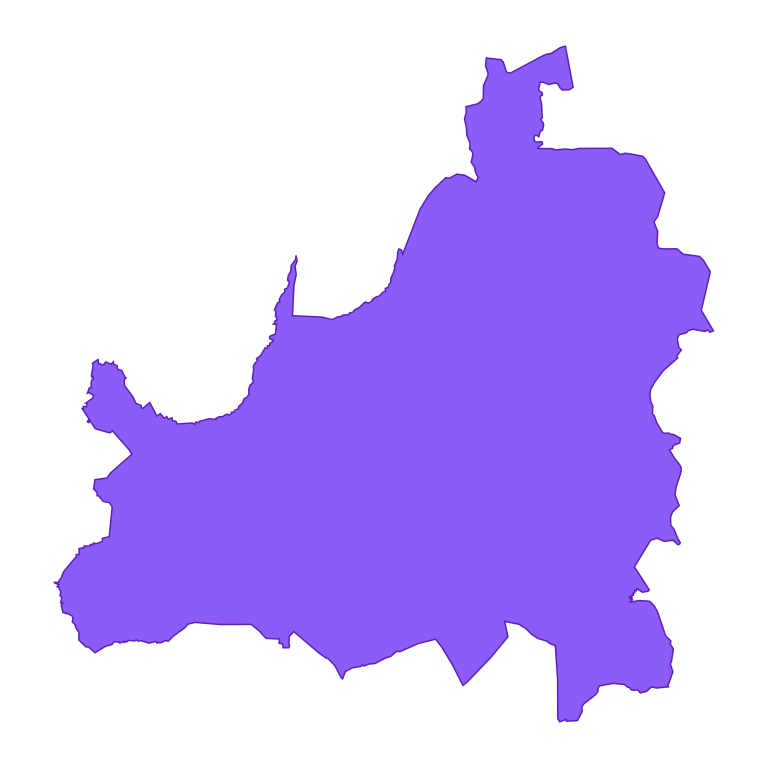 Santiago de Anaya, Hidalgo, Mexico
{"feature_id": "50627088B8235398301321", "entity_name": "Santiago de Anaya", "entity_type": "district", "adm_level": 2, "iso_a3": "MEX", "parent_name": "Mexico", "parent_adm1": "Hidalgo", "projection": "albers", "projection_center": [-99.002, 20.428], "detail": "fine", "context": "isolated", "style": "filled", "palette": "violet", "viewbox_px": 768, "rotation_deg": 0, "n_neighbors": 0, "source": "geoboundaries", "source_scale": "gbopen_adm2", "svg_char_len": 6026}
<svg xmlns="http://www.w3.org/2000/svg" viewBox="0 0 768 768"><path d="M663.3,370.6L677.7,358.0L676.9,355.9L681.4,349.8L678.9,347.6L677.4,340.0L677.5,338.0L679.3,334.6L686.1,332.9L688.5,330.5L692.6,329.3L705.2,331.4L707.5,329.9L709.8,332.2L713.4,330.8L701.3,310.3L710.3,271.9L703.3,260.1L699.5,256.4L683.3,254.2L676.9,248.8L663.2,248.9L658.2,248.0L657.0,242.0L657.7,231.6L653.9,221.8L657.6,216.7L664.7,192.9L645.4,159.1L642.9,156.3L632.9,154.4L625.2,153.2L620.3,154.5L612.0,148.3L579.2,148.4L572.4,149.7L565.1,149.0L555.8,149.9L551.8,148.6L538.1,148.5L537.9,147.6L542.4,144.2L542.5,142.6L541.6,141.6L535.8,142.1L534.7,141.3L533.8,137.3L534.9,135.5L536.4,135.2L538.7,136.7L540.4,131.2L542.5,130.2L543.6,125.4L543.3,123.1L540.6,119.8L542.3,118.1L541.6,104.2L540.1,98.2L540.5,96.2L542.4,95.1L542.3,92.9L539.2,90.8L538.6,89.4L540.3,82.2L543.5,82.3L548.8,84.5L554.8,83.1L557.7,83.7L560.3,88.2L562.4,90.0L569.1,89.8L573.1,87.3L565.4,46.1L560.2,47.7L550.8,53.6L546.9,54.1L541.8,56.3L510.5,73.1L507.1,72.4L506.1,71.0L503.3,62.2L501.2,59.7L486.3,58.0L485.6,66.1L488.0,72.9L488.0,75.2L483.5,85.6L483.3,98.3L481.1,101.4L477.4,103.9L466.0,106.7L466.3,112.5L464.5,118.8L466.3,127.2L466.8,135.2L470.2,143.7L469.5,148.8L472.1,151.5L472.9,154.2L471.2,162.3L474.8,167.5L475.1,171.0L478.1,177.8L476.0,181.7L464.9,175.3L457.1,174.1L449.6,178.1L445.8,177.7L435.4,187.5L428.3,195.7L420.1,209.1L402.8,254.0L401.4,249.8L398.9,249.0L397.6,252.4L397.4,258.6L394.3,266.2L394.9,267.9L392.9,274.1L391.0,277.7L390.5,283.0L389.1,284.4L388.2,287.4L385.3,288.4L385.6,291.2L383.5,291.7L379.0,296.3L376.7,296.6L372.4,299.3L372.8,300.1L370.0,302.4L368.1,303.0L365.2,302.0L359.0,307.7L354.7,309.8L352.8,312.2L349.4,313.1L348.9,314.6L342.6,315.2L342.2,316.2L337.3,317.0L332.3,319.6L321.9,317.1L292.5,315.7L293.9,285.8L296.2,274.7L295.1,266.0L297.1,261.4L296.0,255.4L295.6,259.7L291.3,265.2L290.8,270.7L288.2,276.0L287.6,280.1L289.2,282.2L289.0,283.9L287.2,288.1L284.6,289.3L284.9,292.1L281.5,295.1L279.2,299.6L279.9,301.9L277.7,302.7L274.5,309.4L275.8,311.7L275.4,316.4L277.0,318.2L276.4,320.7L275.0,320.9L275.0,322.6L273.5,324.1L276.4,324.2L275.5,333.9L269.8,336.3L269.4,337.7L270.2,339.2L273.3,340.2L271.9,342.3L269.9,343.1L269.6,345.8L267.4,345.6L267.3,347.8L265.0,348.0L260.6,355.6L256.8,358.4L256.5,359.1L257.7,360.1L253.9,364.7L253.3,367.4L253.7,369.5L252.3,378.6L253.6,381.6L249.9,385.5L248.8,389.2L248.9,394.0L247.4,397.0L244.2,398.6L242.3,403.3L238.6,406.5L238.5,408.7L234.9,410.2L233.6,412.4L231.4,412.2L231.4,413.5L229.9,415.0L226.4,414.2L222.6,416.6L218.9,416.8L215.6,418.5L215.9,419.5L209.2,418.7L199.3,421.5L199.0,422.4L195.6,422.2L194.9,424.3L192.1,423.0L177.1,424.0L176.0,421.2L172.6,420.8L172.0,417.9L168.1,419.1L166.8,416.6L164.1,418.2L160.3,413.7L156.9,416.0L149.8,402.6L142.6,408.5L141.4,407.8L141.3,405.6L135.8,403.3L133.0,397.0L124.5,385.5L124.2,380.5L126.0,377.6L125.1,377.3L121.6,370.3L117.6,369.3L117.0,365.5L113.8,364.5L113.4,361.8L111.1,364.2L105.7,362.0L103.3,364.9L101.8,365.0L100.6,363.8L98.6,363.7L98.0,359.5L92.5,363.2L93.1,366.1L91.4,375.5L91.6,377.0L93.0,376.4L93.4,379.0L92.1,379.4L91.2,381.9L91.2,387.6L89.3,387.9L87.4,393.2L88.7,392.7L93.7,395.2L92.5,398.4L85.7,403.1L86.8,403.4L86.5,406.6L83.3,406.4L83.3,408.9L82.3,408.7L88.9,418.8L87.4,421.9L88.9,422.6L89.9,420.4L95.2,428.6L97.8,429.5L109.0,432.6L110.3,432.7L112.5,430.9L129.1,449.7L131.9,454.2L110.4,473.1L107.0,478.0L94.9,479.6L93.7,489.2L97.1,492.6L97.1,495.7L98.5,495.7L103.2,501.4L109.6,502.7L112.2,507.0L109.2,536.8L102.4,538.3L102.3,541.3L96.2,543.7L93.2,543.1L93.3,544.6L90.3,544.5L90.3,546.0L84.2,546.0L84.3,547.4L79.0,548.6L79.1,554.8L76.3,554.4L76.1,557.9L74.9,558.1L63.8,571.5L61.1,578.0L57.7,582.7L54.6,582.2L55.0,583.3L57.3,584.1L58.1,583.3L59.0,584.7L57.1,586.7L58.7,587.4L60.8,591.9L60.0,595.8L61.8,597.1L60.6,602.8L62.9,603.2L61.2,605.3L63.0,612.7L64.5,612.4L65.5,613.7L67.0,613.2L72.2,616.0L72.9,618.2L72.3,621.9L75.0,624.5L75.9,627.9L78.9,632.3L78.8,640.0L85.8,646.8L88.7,647.2L95.1,652.7L105.7,646.2L112.0,644.5L114.1,641.7L119.5,642.3L119.9,643.1L122.8,641.9L124.3,642.5L125.0,641.2L126.6,642.0L128.3,640.4L134.8,640.9L136.5,639.8L137.7,641.0L141.0,640.7L149.1,643.1L155.8,641.4L157.1,643.1L158.5,642.2L159.8,642.9L162.2,642.2L165.1,640.7L168.4,641.1L173.1,636.3L184.9,627.7L187.9,624.2L195.0,622.4L220.4,624.5L251.3,624.4L258.6,630.4L266.2,638.4L279.4,639.0L279.2,643.4L281.8,643.6L282.9,645.0L283.0,647.8L288.9,647.8L289.6,645.3L288.9,643.9L289.2,636.6L293.7,631.5L319.1,653.1L326.1,658.1L328.2,658.6L335.0,665.9L341.3,677.9L342.6,678.8L345.4,671.5L352.1,667.9L361.1,666.3L362.7,665.1L364.0,666.0L368.7,664.1L375.2,663.5L384.7,658.4L390.7,656.3L396.6,651.4L400.0,651.6L418.6,643.4L435.6,639.2L441.6,646.9L452.4,664.7L462.9,685.4L467.4,681.8L490.9,657.3L507.9,636.8L504.7,621.4L519.1,624.3L525.7,628.4L531.6,634.3L537.9,638.5L546.2,640.9L551.1,644.2L555.3,645.5L557.6,678.7L557.8,718.7L559.8,721.9L566.4,719.3L566.3,721.2L577.4,720.6L582.2,711.5L581.8,706.8L584.1,703.6L595.5,694.7L597.9,691.6L598.1,688.5L599.5,685.8L613.1,683.4L624.4,684.4L627.0,686.8L630.1,688.0L630.7,689.5L633.5,690.3L637.7,689.8L640.3,692.9L646.7,691.3L651.4,686.9L656.8,688.0L668.6,686.8L667.6,684.6L668.7,683.8L672.9,671.8L670.3,663.9L671.4,661.7L673.4,649.2L670.4,644.0L670.8,640.9L665.7,636.0L657.4,611.5L654.0,605.5L649.5,601.2L639.4,600.6L629.5,602.1L632.4,601.2L629.8,597.8L631.9,598.7L630.8,596.6L631.9,597.0L631.6,595.5L633.4,595.2L633.1,593.0L634.7,593.0L634.7,590.5L636.3,590.8L637.1,588.7L642.3,592.2L648.0,591.3L649.2,589.8L634.4,566.9L650.6,540.2L657.2,538.2L664.2,541.3L673.2,540.3L677.7,544.7L679.6,544.1L680.3,542.5L677.6,538.2L674.0,529.3L670.8,525.2L670.5,517.3L672.5,512.0L679.2,505.6L675.0,495.0L676.1,487.0L680.8,472.8L681.3,468.5L680.2,465.5L674.4,458.1L669.5,449.7L672.8,448.3L672.8,446.1L673.9,445.2L679.7,443.0L680.5,438.4L673.8,434.6L670.0,434.1L668.8,433.1L664.4,433.3L662.3,432.1L656.7,422.7L654.2,415.5L652.4,413.8L652.8,406.0L650.8,401.6L650.0,395.6L650.4,390.0L654.4,382.6L663.3,370.6Z" fill="#8b5cf6" stroke="#5b21b6" stroke-width="1.5"/></svg>